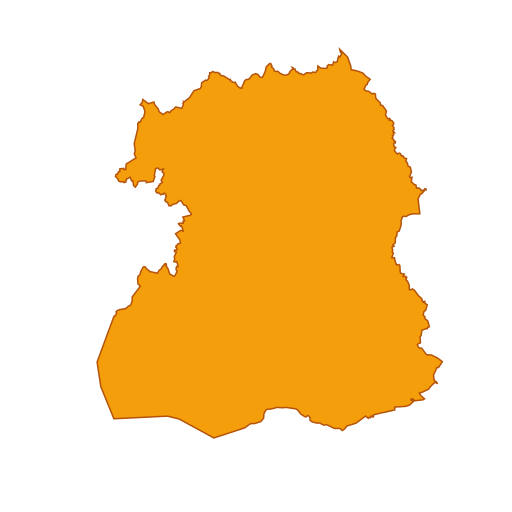 Newport Lea-4, North Tipperary, Ireland, rotated 257°
{"feature_id": "5873133B73905952621151", "entity_name": "Newport Lea-4", "entity_type": "district", "adm_level": 2, "iso_a3": "IRL", "parent_name": "Ireland", "parent_adm1": "North Tipperary", "projection": "albers", "projection_center": [-8.21, 52.789], "detail": "fine", "context": "isolated", "style": "filled", "palette": "amber", "viewbox_px": 512, "rotation_deg": 257, "n_neighbors": 0, "source": "geoboundaries", "source_scale": "gbopen_adm2", "svg_char_len": 6097}
<svg xmlns="http://www.w3.org/2000/svg" viewBox="0 0 512 512"><g transform="rotate(257 256 256)"><path d="M429.4,177.1L427.2,179.8L421.7,180.3L416.1,177.6L416.1,176.6L414.9,175.1L412.6,173.5L413.0,172.1L412.3,172.0L411.8,170.6L406.7,169.5L392.9,162.6L385.6,162.0L383.0,160.4L378.6,161.2L374.8,150.2L369.6,148.5L369.7,147.1L371.1,146.8L371.6,143.0L368.8,142.2L369.1,141.0L366.7,139.2L367.1,138.4L366.6,137.7L365.1,136.9L362.6,138.5L359.7,139.2L358.7,140.7L358.3,143.5L357.2,143.9L357.4,145.9L359.9,146.9L361.1,151.1L357.2,151.7L357.1,152.9L352.2,152.6L350.2,153.8L352.5,156.5L354.5,157.3L355.2,159.6L354.2,164.8L353.7,165.7L352.2,165.6L351.7,172.6L356.2,175.4L357.0,174.9L363.8,177.9L363.9,180.2L361.5,181.7L361.6,185.3L359.2,183.4L357.2,184.9L355.8,184.6L351.2,180.6L348.7,181.3L347.8,178.6L346.8,178.3L346.6,177.1L344.1,175.5L344.0,173.9L341.7,172.9L339.6,173.7L339.8,175.2L337.1,177.0L337.4,179.0L337.0,179.3L338.0,180.6L336.3,182.0L335.2,181.5L334.2,182.0L330.9,179.7L329.2,180.3L328.1,181.9L324.5,182.5L324.0,184.6L324.6,185.1L325.2,188.0L325.0,190.1L326.7,193.0L327.0,195.3L322.0,197.1L320.8,199.3L314.6,201.0L311.8,202.6L310.5,201.4L310.4,193.5L306.4,194.3L306.3,192.7L304.3,192.4L305.2,189.0L304.9,187.7L302.2,189.0L301.8,189.3L302.1,190.0L301.5,190.3L296.7,190.7L297.9,188.4L295.8,182.6L288.5,185.5L285.5,185.2L285.4,182.6L284.4,181.9L284.2,180.6L282.6,179.9L282.3,180.5L280.1,180.5L279.8,180.3L280.1,178.0L279.2,177.6L278.8,177.5L277.6,179.3L274.0,176.3L270.7,175.9L269.0,174.6L268.2,176.1L268.5,177.5L263.6,177.8L263.0,177.5L263.6,176.3L262.9,175.8L260.9,175.1L258.6,175.6L255.0,172.5L254.7,171.4L258.1,167.8L262.9,167.5L266.8,166.1L267.1,166.7L268.6,166.7L269.0,165.6L268.4,164.6L267.9,164.6L266.9,162.5L264.8,160.7L263.9,158.4L261.4,156.2L264.6,149.3L268.4,146.3L270.4,145.6L270.7,143.7L266.8,140.2L264.0,138.8L262.9,136.7L260.6,135.5L255.5,134.7L252.6,136.5L243.9,126.1L240.5,125.4L236.5,123.0L235.6,120.0L234.1,117.3L234.4,111.2L234.1,108.6L233.0,107.0L231.4,107.3L229.2,105.0L229.5,104.6L228.7,103.7L188.4,77.3L163.6,75.4L129.4,80.9L119.9,133.6L114.5,144.4L88.2,174.0L91.1,206.5L93.6,212.0L93.7,214.2L93.0,217.1L93.6,223.5L96.3,227.0L100.5,228.2L103.8,231.1L104.1,233.4L103.5,235.9L103.7,242.6L102.3,247.1L101.6,251.5L98.0,260.6L96.3,262.2L92.0,264.0L88.2,267.7L88.0,268.8L88.9,270.2L88.5,271.3L86.5,272.3L83.9,271.7L81.9,273.2L79.6,277.4L79.0,280.3L75.9,284.1L75.7,287.0L70.4,293.5L69.1,298.9L66.5,300.9L67.3,302.9L69.9,306.4L70.6,315.8L75.4,326.9L72.5,328.9L73.3,330.0L72.8,331.1L74.2,332.0L74.2,332.9L73.1,333.0L72.8,334.2L74.7,334.9L74.9,336.2L74.8,356.6L77.6,357.2L75.8,368.2L76.3,372.3L79.1,377.0L81.0,374.6L81.9,375.3L80.9,376.5L81.2,376.9L79.2,378.2L78.3,386.3L78.9,388.1L83.0,385.1L85.8,384.4L85.8,387.0L87.4,394.1L89.8,397.0L92.4,401.5L92.3,402.8L90.6,404.1L92.6,403.6L94.7,401.6L100.1,402.2L106.7,407.3L106.3,408.4L106.7,409.2L111.1,413.8L115.7,410.0L120.1,404.7L121.4,400.0L129.0,396.6L129.2,395.0L130.8,393.7L133.1,393.2L134.4,395.1L134.2,396.4L134.7,396.8L140.5,397.7L141.2,398.9L146.3,401.0L146.9,404.9L146.7,406.6L147.6,407.0L148.1,409.0L154.3,408.7L157.3,406.2L158.7,407.0L160.7,405.6L163.9,407.0L165.1,409.2L170.0,411.9L171.7,410.1L173.8,410.3L174.0,409.5L173.3,408.7L173.9,408.0L177.2,407.9L180.9,405.3L187.1,402.6L188.8,400.8L188.2,398.9L188.7,397.9L193.2,398.7L197.3,398.0L198.8,396.9L200.9,397.8L200.7,397.1L202.3,397.5L203.0,394.8L205.0,396.5L206.3,393.5L207.9,392.9L214.1,394.0L215.6,393.2L215.6,390.9L221.6,390.3L222.8,390.7L223.4,390.3L223.3,389.1L223.9,387.9L227.8,390.5L229.6,389.6L230.8,390.5L233.9,390.4L234.5,392.8L236.0,391.7L237.3,394.5L242.8,396.1L243.6,397.5L247.7,399.0L248.1,401.2L253.8,404.5L257.9,405.4L261.3,407.6L261.5,409.0L260.7,411.1L261.7,414.1L261.8,418.3L260.2,425.1L275.2,426.8L279.1,430.0L279.6,431.8L282.6,435.8L282.2,436.6L283.2,436.6L283.6,435.8L282.5,434.5L282.4,432.2L285.6,430.2L286.0,427.7L289.2,427.8L290.1,426.2L293.4,424.0L297.7,425.7L297.6,423.9L298.7,423.4L302.8,426.3L307.8,426.4L309.4,424.4L312.6,424.4L314.8,423.3L317.0,424.6L318.0,422.7L320.6,421.6L320.4,420.8L321.2,420.1L323.2,419.8L324.1,418.6L323.6,416.6L327.1,414.7L329.2,415.1L330.1,416.6L332.0,415.0L334.6,415.5L335.8,416.5L335.0,417.1L336.2,417.6L337.1,416.4L338.3,416.4L339.9,415.1L340.8,416.1L342.7,416.0L343.1,417.5L345.4,417.5L345.1,418.7L347.4,417.6L348.2,418.9L350.1,419.3L352.6,418.3L353.6,419.9L354.5,420.1L357.3,418.9L358.5,416.5L359.2,417.5L359.9,417.2L360.3,415.2L361.4,414.7L364.5,414.0L367.9,415.7L374.2,413.2L375.0,411.2L377.1,411.6L382.7,408.2L387.0,408.8L388.0,407.5L387.7,406.0L388.1,405.5L391.2,402.7L392.2,400.3L394.0,398.7L397.6,401.4L398.2,403.0L400.1,404.0L402.5,407.0L406.6,403.3L410.1,401.4L413.4,396.5L416.2,390.6L419.6,391.1L429.2,390.0L438.5,384.1L435.6,384.1L434.2,385.2L430.9,382.6L432.1,381.7L431.0,380.7L426.9,378.8L426.8,376.2L427.7,375.3L424.7,373.6L426.1,370.0L425.2,368.1L423.2,367.8L423.1,366.3L424.4,361.5L427.2,359.0L423.2,358.0L422.8,356.8L421.4,355.6L422.5,352.4L421.8,351.2L423.2,346.6L421.9,343.6L422.1,342.3L423.7,340.7L423.9,339.2L425.8,338.3L426.4,336.7L429.5,336.0L429.6,334.2L430.8,334.6L431.5,333.7L430.0,334.1L428.7,331.3L425.9,328.7L425.5,326.1L425.9,324.1L428.7,320.4L431.1,318.8L431.4,316.6L432.0,315.7L434.6,315.2L436.4,313.8L437.6,314.3L440.3,313.6L440.4,312.5L438.0,308.5L434.1,306.7L428.9,302.8L428.8,301.3L429.4,300.2L432.4,298.7L433.8,296.7L433.2,293.1L429.9,288.8L430.1,286.0L429.4,284.5L423.6,280.2L422.9,280.2L423.3,279.5L422.9,278.7L425.3,276.3L430.1,274.8L430.0,273.5L430.7,272.2L431.8,271.7L432.5,270.5L433.8,270.7L434.0,269.7L438.9,264.8L439.2,263.1L441.4,261.5L442.2,261.7L442.3,260.7L443.5,259.9L444.0,257.3L445.5,255.3L444.6,253.2L445.0,252.1L442.6,251.5L441.7,250.2L440.3,250.5L438.3,248.3L438.1,247.3L438.8,246.5L437.0,242.0L433.3,240.8L431.7,239.3L431.0,232.7L425.2,226.8L422.4,220.7L422.8,220.2L421.9,220.2L421.2,219.1L420.0,219.4L416.5,216.9L419.3,211.3L417.5,208.6L416.7,206.0L415.0,204.1L416.3,202.8L416.5,201.6L414.8,197.4L418.3,194.1L421.5,193.8L426.2,191.3L429.0,191.2L428.6,185.5L434.0,180.9L431.1,179.6L429.4,177.1Z" fill="#f59e0b" stroke="#b45309" stroke-width="1.5"/></g></svg>